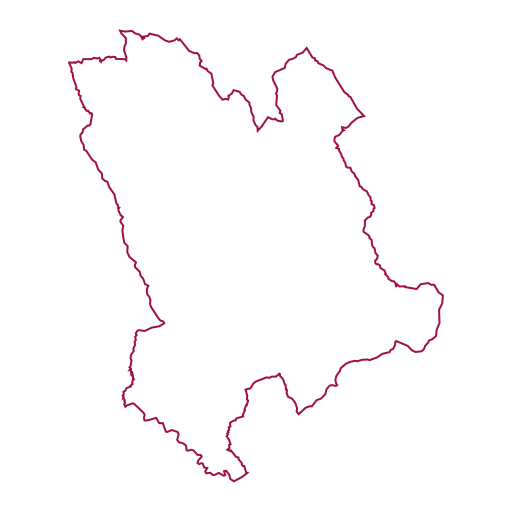 Rulindo, Northern, Rwanda
{"feature_id": "39286606B38837433870904", "entity_name": "Rulindo", "entity_type": "district", "adm_level": 2, "iso_a3": "RWA", "parent_name": "Rwanda", "parent_adm1": "Northern", "projection": "mercator", "projection_center": [30.0, -1.752], "detail": "fine", "context": "isolated", "style": "outline", "palette": "rose", "viewbox_px": 512, "rotation_deg": 0, "n_neighbors": 0, "source": "geoboundaries", "source_scale": "gbopen_adm2", "svg_char_len": 5966}
<svg xmlns="http://www.w3.org/2000/svg" viewBox="0 0 512 512"><path d="M243.2,416.4L242.8,414.9L245.0,410.3L244.4,409.8L246.0,405.3L246.8,405.2L248.1,400.6L246.9,399.3L247.3,395.8L245.5,389.6L250.3,388.4L253.6,383.2L256.2,381.4L266.8,377.3L269.0,377.9L272.0,376.6L276.0,376.6L279.2,373.7L279.9,374.0L279.9,375.7L283.1,379.3L284.7,384.3L285.5,384.7L285.9,388.8L286.8,389.7L286.2,390.0L287.0,391.5L286.6,392.9L287.9,396.6L292.2,398.8L295.3,402.9L297.1,408.4L296.6,411.4L298.7,414.2L305.7,407.7L309.9,406.2L311.8,406.4L316.6,400.2L321.2,398.5L325.4,394.1L326.5,389.3L329.5,385.7L331.7,385.1L335.8,385.9L337.2,385.1L335.9,382.8L335.4,379.5L336.5,375.7L340.0,370.8L340.6,368.3L346.1,363.6L350.6,361.8L355.0,360.8L357.5,361.2L362.1,359.8L367.8,359.5L369.5,360.2L377.3,357.3L382.4,353.8L389.6,352.1L390.6,350.0L393.2,348.9L395.0,345.0L395.3,341.9L396.3,341.1L407.8,345.9L411.8,350.2L415.4,352.0L421.6,351.3L424.0,349.1L425.1,345.9L428.4,342.3L428.8,340.8L432.7,338.9L436.0,336.0L436.7,329.7L439.5,323.0L439.1,309.6L442.2,303.5L442.9,295.4L438.7,292.4L434.1,284.8L431.2,284.8L428.2,283.1L420.7,284.2L416.7,289.0L405.2,287.1L405.1,286.3L399.5,286.4L397.5,284.8L396.8,285.5L396.7,284.6L395.8,285.5L395.4,283.0L393.9,281.3L391.8,281.1L388.4,278.7L388.4,277.4L385.1,274.1L385.7,273.3L384.4,270.4L380.3,267.9L380.1,265.7L378.4,264.3L376.4,264.2L375.3,262.9L375.1,261.0L377.1,258.6L377.8,255.8L375.5,253.0L374.5,248.1L373.4,247.5L372.1,245.1L371.6,240.0L369.4,238.0L369.7,237.0L368.2,235.0L363.7,231.9L363.4,230.1L364.9,225.7L364.9,220.4L368.1,217.4L369.9,217.0L371.2,215.1L371.1,212.8L373.3,211.3L373.7,208.5L374.6,208.0L373.9,205.1L371.5,204.1L371.8,201.3L370.8,200.4L370.3,197.0L368.6,195.2L367.0,191.5L362.9,189.1L361.3,186.7L359.7,186.3L358.2,179.9L355.2,176.2L354.5,174.0L351.6,171.2L350.4,167.8L347.4,167.5L346.1,166.6L345.1,162.5L343.6,160.3L343.5,158.5L341.8,156.7L341.3,154.2L338.9,150.2L339.0,148.8L336.3,147.9L338.2,145.8L334.6,141.5L334.3,139.8L335.1,136.8L339.3,135.0L342.4,131.0L344.0,130.2L342.3,129.1L342.0,127.1L345.9,128.0L348.5,126.5L351.6,122.6L357.6,117.8L364.1,116.1L357.0,108.7L350.4,96.9L348.7,96.2L347.7,94.5L344.4,92.2L335.1,77.4L332.3,70.6L326.0,68.1L323.7,65.6L318.4,63.2L317.5,61.2L315.2,60.5L314.9,58.3L312.4,57.5L306.7,48.0L302.7,52.6L296.8,54.9L296.0,57.0L292.8,58.8L289.1,59.8L285.6,63.8L284.8,67.9L275.2,72.1L272.5,76.6L273.1,80.2L277.3,88.6L277.1,91.4L276.0,93.4L277.0,95.7L276.2,105.0L280.4,110.7L279.7,113.0L281.8,114.3L282.9,120.7L281.9,121.5L277.5,120.7L275.2,118.7L274.7,119.4L272.4,119.3L268.0,117.2L261.5,126.7L257.7,130.7L257.5,127.1L255.5,125.0L253.4,120.1L253.6,116.6L251.4,112.4L251.0,107.8L249.4,104.5L249.4,102.6L245.8,99.8L243.8,96.0L241.7,94.9L239.5,91.8L233.7,90.1L231.7,93.8L228.5,95.7L228.8,97.5L228.0,99.6L226.0,98.8L222.5,99.7L218.7,95.3L212.4,85.3L213.3,83.3L211.4,73.7L207.8,71.2L206.5,68.7L205.6,69.0L199.8,65.7L200.1,62.6L201.6,61.0L199.7,58.7L199.2,55.3L197.0,53.0L194.4,53.2L189.1,50.9L179.9,39.2L178.9,40.2L178.7,40.3L176.7,38.4L174.5,40.4L169.0,41.8L164.9,40.3L158.3,35.7L149.6,33.6L147.8,36.0L143.5,36.6L144.2,38.0L142.5,39.3L141.3,36.5L139.0,34.4L135.0,33.4L132.0,30.9L125.4,31.6L120.1,30.7L121.4,33.4L125.9,38.2L125.9,43.4L124.7,45.7L124.0,50.1L126.4,57.4L126.2,60.4L125.1,59.2L116.0,58.9L115.4,57.1L112.5,56.7L110.4,57.5L109.0,56.6L105.8,57.6L103.6,60.0L101.7,60.7L101.1,62.0L100.0,61.1L100.5,59.6L99.3,57.8L97.7,58.5L93.8,57.8L91.7,59.1L83.4,59.1L81.5,63.1L78.2,61.3L75.2,63.0L74.2,62.2L72.5,62.8L69.2,62.4L69.1,63.1L71.7,68.6L71.4,71.9L72.6,73.0L73.1,77.7L76.4,86.9L75.8,89.0L79.1,90.7L78.6,94.0L79.3,95.4L80.5,95.8L80.3,99.0L84.0,106.6L83.5,107.2L84.9,107.8L85.0,108.9L87.1,111.1L88.2,110.8L90.0,113.6L91.3,113.1L92.2,114.2L90.4,124.3L89.3,125.6L87.7,125.5L83.1,129.4L82.5,132.6L80.5,134.4L80.3,137.0L81.4,141.4L83.7,145.1L84.1,149.8L86.3,150.8L91.9,159.4L95.8,162.5L98.1,169.4L101.9,173.5L102.2,178.3L104.8,180.8L107.4,181.8L109.4,187.4L114.4,194.4L116.3,203.1L117.8,205.1L118.2,207.5L119.2,207.8L118.2,209.1L118.8,211.3L120.7,215.2L123.0,217.1L120.6,220.1L120.4,221.7L123.3,225.8L122.4,230.3L123.2,236.8L124.3,242.7L127.6,246.1L127.3,252.3L129.5,257.0L136.0,262.3L134.8,265.2L135.2,267.2L139.8,271.9L140.5,275.6L143.1,278.6L145.1,284.1L148.3,285.7L146.9,289.0L146.9,292.3L147.4,294.6L149.2,296.6L150.5,300.2L150.0,303.6L150.9,306.8L158.3,318.1L160.4,320.6L163.3,321.5L164.2,323.3L159.5,326.2L151.8,327.6L144.7,331.0L138.9,330.1L137.3,330.9L135.8,333.3L136.6,335.2L135.2,336.7L135.8,340.1L134.7,341.5L135.0,344.9L133.3,348.9L133.8,350.9L131.0,354.9L130.5,358.4L131.5,360.3L130.6,365.9L129.5,367.4L130.8,368.5L129.5,370.2L130.9,370.0L131.0,371.8L131.8,372.0L131.4,373.3L132.2,372.7L132.8,374.8L132.9,375.8L132.2,375.8L133.3,377.7L133.0,378.7L133.9,379.3L132.7,380.5L132.1,383.0L132.6,384.0L130.5,385.6L130.8,386.5L126.5,388.2L125.1,390.9L123.5,391.7L123.8,394.0L122.7,395.6L123.6,396.2L122.9,398.5L123.8,398.3L124.8,400.6L124.2,401.2L125.1,402.8L124.2,404.4L125.4,406.8L126.7,405.5L132.9,403.3L134.5,404.1L143.8,413.1L144.6,414.9L143.9,417.8L144.5,420.4L147.0,420.5L156.2,417.9L159.2,423.1L162.8,423.1L165.8,431.6L167.5,431.9L171.8,430.0L177.7,432.0L178.6,434.6L177.2,439.7L177.7,440.9L179.1,442.3L182.6,443.1L185.2,444.8L186.1,445.8L186.5,450.1L187.5,450.7L191.3,449.8L193.4,450.3L197.4,454.8L200.6,455.0L201.6,456.1L201.3,457.3L198.5,460.0L197.5,462.9L199.1,464.1L201.4,463.2L202.7,463.5L204.2,467.5L207.2,468.0L205.2,471.7L206.2,473.3L210.4,472.8L212.4,474.8L214.5,475.0L218.7,472.9L224.0,475.8L225.2,474.9L224.0,471.2L226.1,470.7L229.2,474.7L230.4,479.0L234.0,481.3L242.3,476.8L247.4,472.9L246.2,472.6L244.2,465.9L243.0,466.0L241.9,464.9L241.8,463.2L238.6,459.2L238.6,457.6L236.0,456.8L231.1,450.6L230.3,451.2L228.9,449.5L228.0,450.3L227.3,449.7L229.5,448.0L229.1,444.9L230.6,444.2L229.0,439.6L226.6,436.3L228.0,434.4L227.2,433.4L228.5,432.2L227.8,431.1L229.2,429.8L228.7,427.3L230.4,426.5L230.0,422.8L234.1,420.4L235.4,420.5L236.5,418.3L243.2,416.4Z" fill="none" stroke="#9f1239" stroke-width="2"/></svg>